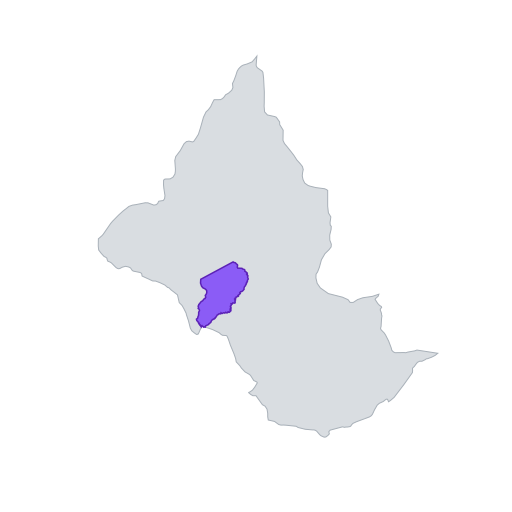 Bamingui, Bamingui-Bangoran, Central African Republic shown in context, rotated 255°
{"feature_id": "33826404B40726346610529", "entity_name": "Bamingui", "entity_type": "district", "adm_level": 2, "iso_a3": "CAF", "parent_name": "Central African Republic", "parent_adm1": "Bamingui-Bangoran", "projection": "natural_earth1", "projection_center": [19.692, 7.894], "detail": "fine", "context": "in_parent", "style": "filled", "palette": "violet", "viewbox_px": 512, "rotation_deg": 255, "n_neighbors": 0, "source": "geoboundaries", "source_scale": "gbopen_adm2", "svg_char_len": 6692}
<svg xmlns="http://www.w3.org/2000/svg" viewBox="0 0 512 512"><g transform="rotate(255 256 256)"><path d="M348.8,185.1L353.2,186.4L353.9,188.0L352.7,193.0L353.6,196.2L356.1,198.9L358.6,200.0L361.0,200.7L369.3,202.3L372.8,204.2L377.4,210.1L383.1,215.6L384.5,218.4L384.3,221.0L382.6,224.2L382.8,225.5L385.5,228.7L388.5,231.9L394.1,235.5L403.7,241.2L408.1,245.0L409.6,247.8L412.0,250.9L415.5,253.8L417.8,256.0L416.2,262.2L416.7,264.2L417.6,266.0L419.6,268.4L420.4,271.6L422.4,275.5L424.7,277.3L428.7,277.9L430.8,279.8L435.1,282.9L439.3,285.6L441.1,287.4L442.2,289.1L443.2,291.0L443.7,293.0L443.8,297.2L444.5,302.4L446.8,305.9L448.9,308.6L440.3,305.5L439.0,305.5L437.5,306.0L433.1,309.7L431.6,310.2L426.0,309.4L412.3,306.5L401.8,303.6L398.6,302.6L393.0,301.6L389.3,303.5L385.8,310.2L384.8,311.5L379.4,313.5L376.8,312.9L370.5,314.8L360.7,312.0L357.2,312.6L354.5,313.9L347.4,317.0L343.2,318.7L338.2,320.3L333.5,322.7L330.4,324.0L327.3,324.0L324.5,322.6L321.4,321.4L317.7,321.2L313.9,321.9L310.7,324.5L309.4,326.4L306.6,331.5L303.2,339.7L301.9,341.3L300.8,342.2L285.5,338.1L278.9,337.1L274.4,338.4L268.9,336.1L266.4,335.7L265.3,336.4L262.2,335.4L257.1,332.6L252.3,331.4L247.9,331.8L245.3,330.9L243.2,328.2L240.4,323.2L235.4,318.2L228.7,314.3L224.6,311.3L222.9,309.3L219.3,308.2L213.8,308.0L208.5,309.9L201.0,316.1L193.9,328.8L190.0,333.6L186.8,334.9L186.0,337.9L187.6,342.8L188.0,348.4L186.9,357.9L187.3,364.8L185.6,363.7L184.0,360.5L183.3,359.8L178.6,361.3L176.2,362.6L174.9,363.9L173.9,364.1L172.5,362.3L171.3,362.0L169.5,362.3L167.6,362.3L166.4,362.0L165.6,362.2L163.4,361.2L155.4,358.5L154.0,357.6L152.4,357.7L148.3,360.0L146.1,360.7L139.5,362.1L132.4,362.8L129.7,362.8L127.8,363.9L126.6,365.3L124.4,374.1L123.8,375.6L123.9,377.8L123.3,384.8L123.5,387.1L115.0,406.4L113.6,403.2L112.8,399.4L112.4,395.1L112.6,393.9L112.1,392.7L111.4,389.1L112.0,386.8L111.5,384.4L109.8,382.1L108.3,380.3L107.5,378.7L106.8,378.0L105.1,377.7L102.9,376.9L93.5,365.5L83.7,352.8L81.7,348.6L80.9,346.3L83.3,346.0L83.9,345.5L83.9,344.4L82.5,341.2L81.8,337.0L80.6,334.5L76.7,330.6L73.1,327.6L71.9,326.1L71.2,323.9L69.9,310.1L69.2,306.2L68.1,304.5L67.3,303.7L66.9,302.7L67.1,300.3L67.6,298.1L67.6,297.2L68.6,295.3L68.6,282.5L67.4,280.8L65.2,280.8L64.0,278.9L63.1,276.6L63.4,274.9L65.5,272.3L66.9,271.3L71.1,269.3L72.3,268.2L73.0,267.0L73.5,265.3L75.9,258.7L79.5,252.2L81.1,250.8L84.8,241.2L85.6,238.8L86.2,236.3L87.4,234.3L91.4,231.1L94.4,225.4L97.6,225.7L101.0,226.6L105.2,227.0L108.6,225.9L110.7,223.7L121.1,219.8L121.9,216.8L123.5,215.2L125.4,213.8L126.1,213.6L126.2,214.6L127.3,217.8L129.7,220.9L133.1,224.4L134.1,224.2L136.3,221.6L141.7,219.9L143.1,219.2L146.9,215.4L151.5,212.9L154.2,212.0L158.9,209.5L162.2,209.8L167.5,209.4L176.4,208.2L182.8,207.8L186.0,207.3L186.8,206.8L188.1,203.1L189.1,202.1L191.5,200.5L196.2,195.0L199.3,190.3L200.2,188.6L200.9,188.3L202.2,186.3L200.9,184.3L195.6,180.1L195.7,179.5L195.4,178.8L195.7,178.2L197.7,176.5L200.4,174.6L203.3,173.9L210.9,174.0L217.3,173.6L218.8,173.7L223.8,172.7L227.3,171.8L230.8,169.8L238.8,170.1L245.5,165.0L247.4,164.0L248.2,163.2L248.5,162.5L251.6,160.4L255.1,156.3L257.8,152.5L258.6,149.8L266.1,140.8L268.7,141.0L270.0,139.9L273.0,133.9L273.9,132.8L277.0,131.7L278.5,129.9L279.8,127.3L279.8,124.0L279.2,121.4L279.2,120.1L279.9,118.9L281.1,117.8L286.8,114.5L288.3,113.0L289.2,111.6L290.8,111.3L292.5,111.4L293.6,110.6L294.9,109.1L298.8,107.1L302.5,105.6L306.4,106.2L313.4,108.2L315.5,112.5L316.5,114.0L325.1,124.1L326.8,126.6L331.1,133.9L333.7,138.9L336.8,146.1L337.1,149.9L336.7,153.3L336.1,162.7L335.3,165.4L331.6,170.5L331.4,172.8L332.2,174.7L333.3,175.5L334.1,176.4L333.6,180.8L335.0,182.5L337.9,183.7L345.1,184.5L348.8,185.1Z" fill="#d9dde1" stroke="#a8b0b8" stroke-width="1"/><path d="M201.8,184.7L202.0,184.8L202.0,185.1L202.1,185.3L202.3,185.5L202.6,185.6L202.7,185.8L202.4,185.9L202.3,186.0L202.1,186.0L201.9,186.2L201.7,186.6L201.3,186.9L201.1,186.9L200.9,186.9L201.0,187.7L200.7,188.1L200.4,188.3L200.4,188.5L201.2,189.1L201.6,189.3L201.8,190.5L202.1,192.6L202.8,193.0L203.3,194.7L204.0,195.6L204.5,195.7L204.9,196.2L205.4,196.8L205.7,197.3L205.7,197.9L206.0,198.2L206.2,198.5L205.9,199.1L206.1,199.4L206.2,199.8L206.3,200.2L206.7,200.2L207.0,200.8L207.3,201.5L207.9,201.9L208.3,202.6L209.0,203.1L209.1,204.1L209.5,204.5L209.5,204.8L209.7,205.1L209.8,205.5L209.5,205.9L209.3,206.5L209.5,207.0L210.2,207.5L209.6,207.9L209.2,208.2L209.3,209.0L209.6,209.8L209.4,210.4L208.9,211.1L209.1,211.5L209.3,211.8L209.5,212.2L209.4,212.4L208.9,212.7L208.5,213.2L208.6,213.6L208.8,214.1L209.2,214.3L209.3,214.7L209.1,215.0L208.6,215.3L208.5,215.7L209.2,216.8L209.6,217.6L210.1,217.7L210.1,217.4L210.3,217.0L210.7,217.0L211.3,217.8L211.5,218.2L211.8,218.2L211.8,217.6L212.0,217.6L212.5,218.2L212.9,218.6L213.3,218.5L213.6,218.2L214.0,218.2L214.3,218.4L214.5,218.7L214.6,219.1L215.1,219.4L215.5,219.7L215.9,219.6L216.3,219.6L216.2,219.8L215.8,220.3L215.8,220.7L216.4,220.9L216.7,221.3L216.5,222.0L216.1,222.7L216.1,223.6L216.4,223.8L217.1,224.0L217.5,223.9L217.8,224.1L218.0,224.1L218.3,224.1L218.6,224.3L218.8,224.8L219.2,224.9L219.6,224.3L219.9,224.2L220.1,224.9L220.6,224.9L220.6,225.6L220.8,225.9L221.5,226.1L221.5,226.6L221.6,227.5L221.6,228.3L221.9,228.8L222.2,228.8L222.6,228.4L222.8,228.7L223.0,229.4L223.3,230.0L223.8,231.1L224.3,231.0L224.7,230.8L225.5,231.9L225.3,232.9L225.9,234.4L226.7,235.5L227.0,235.9L227.4,235.8L227.8,236.0L228.7,236.5L229.4,237.0L229.7,237.6L230.0,238.1L230.4,238.4L230.8,238.5L231.2,239.1L231.6,239.5L232.3,239.5L232.5,240.1L232.7,240.4L233.2,240.4L233.8,241.2L234.7,241.4L235.1,241.8L235.7,242.5L236.0,242.5L236.4,242.6L236.8,242.5L237.4,242.4L238.0,242.4L238.3,242.7L238.7,243.0L238.9,243.1L239.3,242.9L239.7,242.6L240.1,242.8L240.4,242.8L240.6,242.6L240.7,242.3L241.0,242.2L241.6,243.1L242.1,243.0L242.6,242.5L243.3,242.2L244.1,241.3L245.3,241.6L246.0,241.2L246.9,239.7L247.7,239.3L248.0,238.4L248.6,236.5L248.9,235.3L250.1,235.0L250.7,235.4L251.2,235.4L251.7,235.8L252.5,235.8L253.4,235.0L254.1,234.7L254.9,234.2L255.9,232.2L256.2,232.2L247.8,196.6L244.2,195.4L241.0,195.6L239.1,196.4L237.1,198.6L235.4,199.4L233.5,199.0L232.6,198.5L231.7,197.7L231.1,196.8L230.1,196.8L229.0,196.7L228.7,196.2L228.1,195.9L228.1,195.0L227.7,194.3L226.5,192.8L226.2,191.3L224.4,188.9L224.0,188.2L223.5,188.0L223.1,187.6L222.7,187.3L222.4,187.3L222.0,187.0L221.3,187.1L220.9,187.1L220.4,186.9L220.2,186.6L219.8,186.9L219.6,187.1L218.9,187.3L218.4,187.4L217.7,187.2L216.8,186.3L216.1,185.9L215.4,185.8L213.3,185.0L212.5,184.3L211.0,183.5L210.4,182.1L208.9,182.1L207.5,183.0L206.7,183.0L205.9,183.2L205.7,183.8L205.0,183.4L204.5,183.9L203.7,183.9L203.6,184.4L202.9,184.3L201.8,184.7Z" fill="#8b5cf6" stroke="#5b21b6" stroke-width="1.5"/></g></svg>